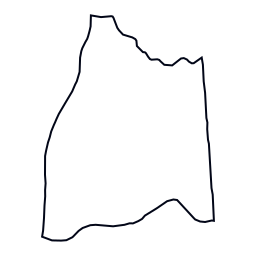 Canillá, Baja Verapaz, Guatemala (Equal Earth projection)
{"feature_id": "79465075B48890406696018", "entity_name": "Canillá", "entity_type": "district", "adm_level": 2, "iso_a3": "GTM", "parent_name": "Guatemala", "parent_adm1": "Baja Verapaz", "projection": "equal_earth", "projection_center": [-90.865, 15.202], "detail": "fine", "context": "isolated", "style": "outline", "palette": "ink", "viewbox_px": 256, "rotation_deg": 0, "n_neighbors": 0, "source": "geoboundaries", "source_scale": "gbopen_adm2", "svg_char_len": 1249}
<svg xmlns="http://www.w3.org/2000/svg" viewBox="0 0 256 256"><path d="M201.7,57.6L193.7,63.2L191.8,63.3L188.9,61.6L187.6,60.2L186.9,59.5L183.8,58.1L181.0,58.5L172.2,65.4L164.3,64.8L160.7,61.5L159.2,59.9L157.3,59.3L151.5,59.7L149.9,59.0L148.1,56.7L147.3,55.4L146.7,54.4L145.7,52.9L144.9,52.3L142.9,52.1L136.9,46.0L136.4,40.7L135.3,39.1L132.3,37.4L123.0,34.6L119.0,30.3L117.3,27.8L113.5,17.9L112.6,16.5L111.2,16.2L109.1,16.4L101.0,17.1L90.9,15.4L90.6,26.4L89.6,30.8L88.1,36.3L87.2,38.9L85.4,42.0L82.3,48.2L81.3,51.2L80.1,57.6L79.6,71.9L76.8,81.3L75.2,84.4L72.2,91.4L65.2,103.1L58.8,114.0L56.4,119.2L55.1,122.3L53.9,124.9L51.2,131.5L49.7,137.4L48.0,142.5L46.1,150.7L45.1,156.0L45.0,174.8L45.6,183.4L45.1,190.0L45.2,196.4L44.5,205.6L44.0,218.0L43.1,230.6L42.1,236.7L52.0,240.4L61.2,240.6L66.4,240.2L72.3,237.3L73.2,236.5L78.6,230.9L82.6,228.0L90.3,225.2L95.7,224.8L113.1,226.3L124.5,224.8L129.6,223.3L133.0,223.4L138.3,221.1L142.1,218.9L144.9,215.6L156.9,208.2L167.1,201.2L173.4,199.5L177.1,200.0L193.8,218.1L195.2,219.5L200.1,221.5L205.1,222.0L211.8,220.5L213.9,220.8L212.7,194.6L211.5,188.1L208.9,143.7L208.0,139.8L207.2,129.2L207.4,122.5L206.4,118.0L205.1,92.8L203.7,81.4L202.9,64.7L201.7,57.6Z" fill="none" stroke="#020617" stroke-width="2"/></svg>